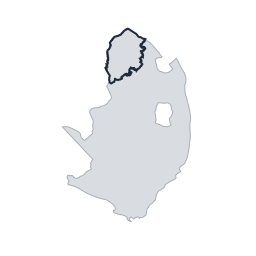 where Limpopo sits in South Africa, rotated 318°
{"feature_id": "ZAF-1210", "entity_name": "Limpopo", "entity_type": "Province", "adm_level": 1, "iso_a3": "ZAF", "parent_name": "South Africa", "parent_adm1": "", "projection": "natural_earth1", "projection_center": [29.071, -23.769], "detail": "fine", "context": "in_parent", "style": "outline", "palette": "slate", "viewbox_px": 256, "rotation_deg": 318, "n_neighbors": 0, "source": "natural_earth", "source_scale": "10m", "svg_char_len": 8412}
<svg xmlns="http://www.w3.org/2000/svg" viewBox="0 0 256 256"><g transform="rotate(318 128 128)"><path d="M172.6,52.2L178.0,51.4L180.5,51.9L183.4,53.2L186.2,53.6L190.8,53.2L192.4,53.4L193.7,53.8L194.6,54.5L195.9,59.7L197.0,65.2L197.0,66.9L197.1,67.6L198.4,70.0L198.9,71.4L199.7,72.6L201.3,78.5L201.5,79.5L201.4,93.7L200.8,95.4L201.0,97.7L200.3,98.0L195.7,95.1L194.9,95.2L193.6,96.3L192.4,97.9L191.8,99.4L189.5,103.2L189.3,105.6L189.5,107.7L190.3,107.8L190.8,109.3L192.1,111.7L194.2,113.2L196.1,113.9L198.9,114.1L201.0,114.0L200.9,112.4L201.4,108.1L205.1,108.6L210.4,108.5L210.0,111.3L208.0,117.7L206.7,124.9L205.1,128.5L204.2,130.0L201.6,132.7L200.2,133.5L199.1,133.8L194.6,139.2L193.0,141.8L191.5,145.5L190.0,147.6L187.9,152.0L184.1,158.5L181.0,162.8L179.6,164.0L178.6,164.6L176.1,167.1L172.6,171.1L169.9,174.6L165.9,178.6L163.5,180.4L160.1,183.8L159.1,184.3L155.2,187.5L152.4,189.5L147.8,191.7L146.0,192.4L141.7,191.8L139.8,192.1L138.3,193.5L138.2,195.4L137.6,195.7L133.6,194.8L132.0,195.0L131.0,196.0L130.3,197.3L128.0,197.4L123.9,196.0L119.1,195.2L118.0,195.1L115.7,196.1L114.9,196.3L111.5,196.1L109.7,195.4L107.9,195.4L106.5,195.9L104.8,196.1L100.4,199.8L98.1,199.8L96.1,200.2L92.6,199.7L91.5,200.0L90.5,200.6L88.1,200.9L87.2,201.5L83.2,204.8L81.5,204.5L79.4,204.4L76.9,202.6L76.0,202.7L76.3,202.2L76.3,201.3L75.4,200.3L74.5,200.3L74.0,199.5L72.5,199.5L71.4,199.7L71.0,196.6L70.5,196.3L69.0,196.2L68.3,196.3L68.0,196.6L67.7,197.3L67.7,199.5L67.2,198.9L66.6,197.6L66.4,196.2L66.5,194.5L67.6,193.9L67.2,191.9L65.4,188.3L64.3,187.5L63.5,185.7L62.6,185.0L62.3,183.7L61.4,182.7L61.1,181.1L61.5,180.1L62.2,179.6L62.9,180.4L63.8,180.1L65.0,178.9L65.7,177.2L65.7,174.3L65.4,172.5L64.3,167.9L63.8,166.8L61.5,163.5L58.7,159.1L55.2,152.1L53.5,148.0L50.9,139.5L48.7,134.7L45.9,130.2L45.6,130.0L46.0,129.4L47.3,128.4L48.0,128.1L48.3,128.2L48.6,127.9L48.9,127.3L49.1,125.7L49.7,124.0L50.3,123.3L51.5,122.8L52.4,123.5L52.8,124.1L53.0,124.9L53.5,125.3L54.1,125.2L54.6,125.7L54.9,126.7L54.9,127.5L54.5,127.9L54.6,128.5L55.1,129.3L55.6,130.9L58.2,131.8L59.6,131.9L61.0,132.3L62.2,133.0L64.3,133.2L67.2,132.8L69.6,133.0L71.5,133.7L72.9,133.9L73.7,133.4L74.0,132.8L73.9,131.9L74.3,131.4L75.3,131.1L76.0,130.5L76.5,129.4L77.8,128.6L79.9,127.9L80.9,127.9L80.0,83.3L83.8,86.4L84.7,87.8L86.5,92.0L88.5,97.2L88.8,99.6L88.8,100.2L86.9,103.6L86.9,105.2L87.1,107.2L87.6,108.2L88.2,108.5L89.5,108.0L91.5,108.5L95.4,108.3L97.3,108.5L97.8,108.4L98.2,108.0L98.7,106.8L99.1,106.4L100.9,105.9L101.7,105.2L103.0,102.9L106.7,99.8L107.2,99.0L109.5,91.6L110.2,90.5L111.2,89.8L113.3,89.3L114.6,89.6L115.9,90.2L117.5,91.3L119.7,93.3L120.5,93.6L122.8,93.7L124.2,95.1L128.4,96.0L129.6,95.9L130.9,95.2L133.1,95.2L135.4,94.7L136.8,93.4L139.5,85.3L139.7,83.5L140.0,83.0L142.3,82.1L144.9,81.4L145.5,81.0L147.2,78.7L149.4,76.8L150.9,70.3L151.9,68.8L152.5,68.1L152.9,68.1L153.4,67.7L154.2,66.9L155.0,66.4L156.1,66.3L156.7,65.7L157.0,64.8L157.5,64.4L158.3,64.4L158.7,64.2L158.8,63.6L160.4,62.2L160.5,61.6L161.4,60.3L163.3,58.1L165.0,56.9L166.6,56.6L169.7,55.5L170.7,54.4L171.4,53.0L172.6,52.2ZM167.7,148.3L170.3,147.2L172.3,145.8L172.7,143.1L174.2,141.5L174.8,140.0L175.2,137.9L174.3,135.7L173.1,135.1L170.8,133.2L169.9,131.9L168.5,130.8L167.6,129.5L166.0,129.9L163.6,131.0L162.1,131.9L160.9,133.1L158.7,133.9L156.6,137.5L155.9,138.3L154.3,140.9L151.9,142.2L151.9,142.7L152.6,144.8L153.8,146.9L154.9,148.7L154.9,149.7L155.2,150.6L156.3,151.2L158.0,153.3L158.9,154.0L161.5,154.5L161.9,154.4L162.6,153.1L162.7,152.2L164.5,149.4L165.2,148.5L167.7,148.3Z" fill="#d9dde1" stroke="#a8b0b8" stroke-width="1"/><path d="M173.8,51.8L174.4,52.0L174.7,52.0L174.9,51.9L174.9,52.0L175.1,52.0L175.7,51.6L175.9,51.6L176.5,51.7L176.8,51.6L176.9,51.4L177.1,51.4L177.4,51.4L177.8,51.2L178.0,51.2L178.2,51.3L178.3,51.3L179.0,51.2L179.2,51.3L179.8,51.7L180.2,51.8L180.4,52.0L180.8,52.0L181.2,52.3L181.5,52.4L181.8,52.6L182.2,52.8L182.3,52.8L182.6,53.1L182.8,53.2L183.0,53.2L183.5,53.2L183.9,53.2L184.1,53.4L184.2,53.5L184.5,53.7L184.9,53.8L185.3,53.8L185.7,53.7L185.9,53.7L186.2,53.5L186.4,53.4L186.6,53.4L187.3,53.5L187.6,53.5L187.8,53.6L188.1,53.6L188.3,53.4L188.5,53.3L189.7,53.2L190.0,53.1L190.3,53.2L190.9,53.2L192.0,53.5L192.4,53.7L192.5,53.7L193.0,53.5L193.3,53.6L193.5,53.8L193.8,54.0L194.0,54.1L194.3,54.1L194.6,54.5L197.1,63.7L197.1,64.1L196.9,66.8L196.9,67.3L197.1,67.8L198.1,68.9L198.3,69.4L198.7,70.9L199.1,71.9L199.2,72.2L199.4,72.4L200.1,72.9L200.2,73.1L200.2,73.3L200.3,73.5L200.1,73.5L199.9,73.6L199.6,73.5L199.0,73.9L199.0,74.0L198.9,74.4L198.8,74.5L198.6,74.5L198.4,74.5L198.3,74.4L198.3,74.2L198.2,74.1L197.9,74.1L197.7,74.5L197.4,74.3L197.2,74.3L197.0,74.5L196.9,74.5L196.7,74.3L196.1,74.2L195.8,74.5L195.7,74.6L195.4,74.6L195.2,74.7L195.0,74.8L194.9,74.9L194.5,74.8L194.4,74.8L194.1,75.1L193.9,74.7L193.6,74.3L193.3,74.4L193.2,74.7L192.9,74.7L192.4,74.9L192.3,75.1L192.7,75.1L192.7,75.4L192.5,75.8L192.1,76.2L192.2,77.8L193.0,77.8L193.5,77.7L194.0,78.3L193.2,78.5L193.2,79.2L193.7,79.2L194.2,80.1L193.8,80.7L192.1,80.8L191.3,81.0L191.2,80.3L190.3,80.4L189.2,79.5L188.9,79.5L188.8,80.1L188.9,81.0L188.6,81.1L188.2,81.4L188.5,81.8L188.7,82.5L188.3,82.8L187.9,82.9L187.8,83.0L188.1,83.3L188.1,83.8L187.7,84.3L186.7,85.0L186.4,85.4L185.7,84.2L185.1,84.3L185.0,84.6L183.3,84.3L183.2,85.0L183.2,85.9L183.3,86.3L182.9,86.5L182.9,87.4L182.7,87.5L182.3,87.3L181.8,86.9L181.2,87.2L181.5,87.9L181.4,89.0L181.4,90.1L180.8,90.1L180.3,90.2L180.0,90.6L179.3,90.5L179.1,90.8L178.1,90.5L177.6,90.9L176.6,91.0L175.9,90.9L175.4,91.0L174.9,90.9L174.8,90.6L174.0,90.6L173.8,90.9L173.4,91.0L173.2,90.6L172.7,90.8L173.0,90.1L173.0,89.7L172.3,89.9L172.2,89.5L171.7,89.3L171.7,87.8L172.2,87.8L172.6,87.4L172.0,86.9L171.5,86.7L171.0,86.9L170.7,86.1L170.4,86.1L170.3,85.5L170.7,85.3L170.5,84.9L169.6,85.3L169.1,85.3L168.8,85.3L168.6,85.4L168.0,85.6L167.4,86.1L167.5,86.7L166.9,87.0L166.0,87.4L165.8,87.5L165.7,87.7L165.3,87.9L165.0,88.1L164.8,88.2L164.8,88.3L164.8,88.5L165.2,88.8L165.6,88.7L165.9,88.6L166.1,88.5L166.4,88.3L167.3,88.0L167.4,88.3L167.7,88.7L167.9,88.8L167.9,89.0L167.7,89.2L167.4,89.3L167.0,89.3L166.5,89.3L166.3,89.4L166.1,89.7L165.6,90.0L165.0,90.0L164.9,89.8L164.2,89.9L163.5,88.8L163.2,88.6L162.8,88.6L162.6,88.6L162.4,88.2L162.0,87.9L162.0,87.6L162.1,87.4L162.3,87.4L162.8,87.6L163.0,87.7L163.3,87.6L163.4,87.3L163.4,87.0L163.3,86.8L163.0,86.5L162.2,86.2L161.8,86.0L161.3,86.0L160.8,85.9L160.6,85.9L160.5,86.0L160.4,86.1L160.2,86.1L158.7,85.9L158.4,86.0L158.2,86.1L157.8,85.7L157.6,85.7L157.4,85.8L157.1,85.8L157.0,86.0L157.0,86.3L157.0,86.5L156.6,87.2L156.5,87.3L156.4,87.3L156.2,87.2L156.1,86.8L156.0,86.7L155.5,86.8L154.8,86.8L154.0,86.1L152.9,85.9L152.6,85.3L152.2,84.9L151.9,84.7L151.6,84.2L151.5,83.0L151.4,82.8L151.3,82.7L151.1,82.7L151.0,82.8L150.9,83.2L150.5,83.5L149.3,84.0L148.7,84.4L148.6,84.5L148.1,84.4L147.8,84.2L147.5,84.0L147.3,83.9L145.6,83.8L145.4,83.7L145.4,83.4L145.1,82.9L145.0,82.6L145.0,81.6L145.7,80.8L145.8,80.7L146.0,79.8L146.3,79.5L146.6,79.2L147.2,78.8L147.8,78.1L147.9,77.9L148.1,77.7L149.0,77.4L149.4,77.1L149.5,76.9L149.7,75.9L149.7,75.3L150.4,72.1L150.5,71.8L150.4,71.5L150.7,70.9L150.6,70.7L150.9,70.1L151.0,69.6L151.4,69.9L151.6,69.9L151.7,69.7L151.6,69.4L151.6,69.1L151.8,69.2L152.0,68.9L152.1,68.7L152.3,68.6L152.3,68.4L152.2,68.2L152.3,68.2L152.5,68.2L152.6,68.3L152.7,68.1L152.8,68.1L153.0,68.2L152.9,67.9L153.1,67.8L153.4,67.6L153.8,67.4L154.0,67.3L154.2,67.1L154.4,66.7L154.5,66.5L154.7,66.9L154.8,66.8L154.9,66.6L155.2,66.5L155.3,66.8L155.4,66.7L155.6,66.5L155.7,66.4L156.1,66.4L156.4,66.3L156.6,66.2L156.7,65.9L156.8,65.7L156.7,65.4L156.8,65.3L156.9,65.0L157.1,64.7L157.2,64.4L157.3,64.4L157.6,64.5L158.1,64.1L158.4,64.5L158.5,64.5L158.7,64.3L158.8,63.9L159.0,63.8L158.8,63.5L158.8,63.4L159.2,63.3L159.3,63.3L159.3,63.1L159.6,62.9L160.1,62.7L160.4,62.5L160.6,62.1L160.5,61.6L160.5,61.3L160.6,61.2L160.8,61.2L161.2,61.0L161.4,60.9L161.5,60.7L161.7,60.2L161.6,59.9L161.8,59.7L162.2,59.6L162.3,59.2L162.6,59.1L162.8,58.9L162.7,58.5L162.7,58.4L162.8,58.2L163.1,57.8L163.2,57.7L163.6,57.7L164.0,57.1L164.6,56.7L165.0,56.6L165.8,56.6L166.4,56.7L166.6,56.7L166.8,56.5L167.0,56.4L167.2,56.5L167.5,56.5L167.8,56.3L168.6,55.9L169.0,55.7L169.4,55.6L169.6,55.5L169.6,55.3L169.7,55.1L170.0,55.1L170.4,55.2L170.6,55.0L170.8,54.5L170.9,54.4L171.0,54.3L170.9,53.4L171.1,53.1L171.3,52.9L171.5,52.7L171.7,52.4L171.8,52.3L173.0,52.3L173.2,52.2L173.4,52.0L173.6,51.9L173.8,51.8Z" fill="none" stroke="#1e293b" stroke-width="2"/></g></svg>